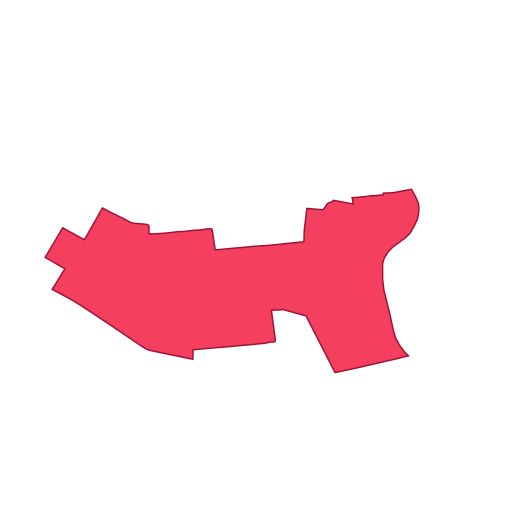 Curcani, Calarasi, Romania (Equal Earth projection), rotated 210°
{"feature_id": "2599482B73805615564390", "entity_name": "Curcani", "entity_type": "district", "adm_level": 2, "iso_a3": "ROU", "parent_name": "Romania", "parent_adm1": "Calarasi", "projection": "equal_earth", "projection_center": [26.604, 44.207], "detail": "fine", "context": "isolated", "style": "filled", "palette": "rose", "viewbox_px": 512, "rotation_deg": 210, "n_neighbors": 0, "source": "geoboundaries", "source_scale": "gbopen_adm2", "svg_char_len": 2104}
<svg xmlns="http://www.w3.org/2000/svg" viewBox="0 0 512 512"><g transform="rotate(210 256 256)"><path d="M154.7,391.5L162.0,385.3L169.3,379.1L177.2,374.1L176.5,372.4L187.0,365.2L190.2,362.8L196.4,358.3L199.1,356.4L201.9,354.6L197.7,349.7L209.2,345.6L216.8,342.9L217.1,341.3L217.4,340.6L218.8,339.4L219.6,338.5L220.3,337.2L220.5,336.3L220.5,333.6L220.9,330.8L221.1,329.5L235.8,322.6L234.9,320.5L232.4,315.1L229.5,308.1L227.4,303.1L225.0,298.5L221.6,292.3L227.9,287.8L245.8,274.8L249.7,272.0L262.1,263.7L269.7,258.3L294.4,240.9L305.5,254.9L307.3,257.0L307.6,257.2L308.5,257.1L313.0,254.3L314.1,253.1L317.4,250.6L320.1,248.8L322.7,247.2L323.6,246.5L331.4,240.7L332.8,239.9L335.6,238.2L340.7,234.3L346.9,229.8L352.3,226.2L355.7,223.9L359.9,221.7L362.6,226.7L363.5,228.1L363.9,228.6L364.6,228.9L365.2,229.0L365.7,228.9L368.4,227.9L373.6,225.4L379.0,222.9L379.7,222.6L380.5,222.5L384.5,222.3L389.2,222.2L395.4,221.7L404.1,221.1L413.0,220.8L412.8,195.6L412.7,184.3L437.5,183.7L437.9,149.4L415.1,149.4L415.3,143.6L415.5,134.4L415.8,125.2L404.3,125.6L392.9,125.9L386.8,125.7L373.9,125.1L349.0,123.5L319.8,121.4L306.6,120.5L304.5,120.6L302.1,120.9L299.8,121.5L292.8,123.8L284.0,126.7L259.1,135.0L263.6,143.4L245.5,156.1L239.9,160.0L235.3,163.1L230.8,166.3L229.8,167.1L212.5,179.2L212.2,179.4L211.0,180.4L208.0,182.5L204.7,184.8L202.9,186.4L202.1,187.3L201.0,188.3L199.5,189.3L197.8,190.3L196.8,191.1L196.8,191.5L196.9,192.2L199.0,195.2L208.3,207.3L215.6,216.8L208.9,220.9L207.2,222.0L206.3,223.0L182.6,229.2L176.7,225.2L141.5,202.5L129.3,194.6L129.0,194.8L128.0,195.7L126.5,197.0L125.1,198.3L121.5,201.6L119.5,203.4L117.2,205.4L112.2,210.0L109.9,212.1L106.9,214.9L104.6,217.1L94.8,226.2L89.9,230.8L85.5,234.8L84.0,236.2L80.3,239.8L74.1,245.8L75.8,246.2L78.2,246.7L86.7,250.3L90.4,252.5L94.1,254.8L100.4,260.8L111.5,273.1L121.4,283.3L128.2,290.4L134.5,298.9L138.9,306.4L142.6,312.8L143.9,318.3L143.6,325.8L142.0,332.2L135.5,347.0L134.0,352.9L134.0,361.0L134.6,368.3L136.1,373.2L138.4,378.2L141.3,382.3L145.8,386.0L147.6,387.1L149.3,388.2L154.7,391.5Z" fill="#f43f5e" stroke="#9f1239" stroke-width="1.5"/></g></svg>